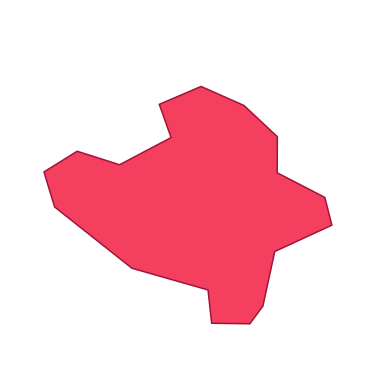 SVG path tracing the border of Sandwell, rotated 212°
{"feature_id": "GBR-5691", "entity_name": "Sandwell", "entity_type": "Metropolitan Borough", "adm_level": 1, "iso_a3": "GBR", "parent_name": "United Kingdom", "parent_adm1": "", "projection": "robinson", "projection_center": [-2.009, 52.514], "detail": "fine", "context": "isolated", "style": "filled", "palette": "rose", "viewbox_px": 384, "rotation_deg": 212, "n_neighbors": 0, "source": "natural_earth", "source_scale": "10m", "svg_char_len": 391}
<svg xmlns="http://www.w3.org/2000/svg" viewBox="0 0 384 384"><g transform="rotate(212 192 192)"><path d="M76.5,257.8L55.8,238.0L90.3,185.4L71.4,132.8L73.1,110.9L105.8,91.1L126.5,117.4L202.4,95.5L300.6,106.5L328.2,130.6L311.0,165.7L267.9,176.7L238.6,227.1L266.2,249.0L240.3,286.3L193.8,292.9L148.9,284.1L129.9,253.4L76.5,257.8Z" fill="#f43f5e" stroke="#9f1239" stroke-width="1.5"/></g></svg>